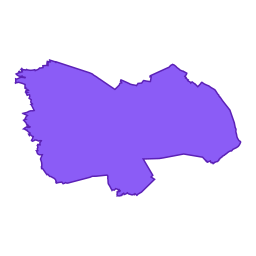 Meierijstad, Noord-Brabant, Netherlands
{"feature_id": "6326949B86116845039505", "entity_name": "Meierijstad", "entity_type": "district", "adm_level": 2, "iso_a3": "NLD", "parent_name": "Netherlands", "parent_adm1": "Noord-Brabant", "projection": "natural_earth1", "projection_center": [5.498, 51.588], "detail": "fine", "context": "isolated", "style": "filled", "palette": "violet", "viewbox_px": 256, "rotation_deg": 0, "n_neighbors": 0, "source": "geoboundaries", "source_scale": "gbopen_adm2", "svg_char_len": 5403}
<svg xmlns="http://www.w3.org/2000/svg" viewBox="0 0 256 256"><path d="M56.4,183.1L58.8,182.5L61.0,182.2L61.8,182.1L63.1,183.7L64.6,183.2L65.5,182.6L66.3,183.0L67.7,183.1L90.2,177.2L91.7,176.5L92.1,176.3L96.2,176.2L103.8,175.4L107.0,175.1L107.4,175.6L107.6,175.6L107.9,176.7L107.9,177.3L107.7,178.0L108.0,179.6L108.1,182.3L108.3,183.8L109.8,186.2L112.0,190.4L112.3,190.0L112.6,189.9L113.1,189.9L114.3,190.1L115.8,188.6L118.7,189.7L118.3,190.2L118.4,190.3L118.6,190.4L119.2,189.8L119.4,190.2L120.1,190.6L120.1,190.9L120.0,191.1L119.6,191.4L118.0,191.8L117.2,191.8L117.1,192.1L117.3,192.7L117.3,193.1L117.0,194.3L117.2,195.1L117.4,195.4L117.2,195.8L119.5,195.9L121.4,195.5L121.3,195.1L121.8,195.0L121.8,194.9L122.4,194.7L122.3,194.1L123.7,193.3L124.2,194.5L125.9,193.9L127.4,192.8L128.0,193.5L128.6,193.9L132.1,194.9L133.8,194.3L134.2,194.7L135.0,193.7L136.9,195.3L137.9,194.2L141.5,192.1L147.5,186.2L154.6,179.3L151.1,177.0L152.8,175.3L143.2,159.0L159.3,158.5L163.1,157.9L183.7,154.0L202.6,157.2L204.7,159.5L206.6,161.1L206.2,161.2L207.3,162.2L210.4,161.0L210.8,162.1L211.0,162.6L211.2,162.8L212.4,162.6L212.6,162.9L213.1,163.6L213.5,163.2L214.1,163.0L214.2,162.6L214.5,162.5L214.6,162.3L215.2,162.2L216.3,161.7L217.6,161.5L218.3,160.7L218.8,160.3L218.7,160.1L218.9,159.7L219.0,159.6L219.3,159.1L219.8,158.9L220.0,158.4L220.5,157.9L220.9,157.8L221.1,157.5L221.4,157.2L222.0,157.0L222.3,156.3L222.5,156.1L223.4,155.8L223.5,155.5L223.8,155.4L224.3,155.3L225.0,154.5L225.7,154.3L225.9,153.8L227.0,153.2L227.7,152.4L228.4,152.1L229.1,151.5L229.9,151.2L230.2,151.1L230.6,150.9L231.6,150.9L232.6,149.7L233.0,149.3L236.5,147.6L238.1,146.5L238.4,146.2L239.5,144.7L240.5,142.5L240.6,142.0L240.5,141.7L240.3,141.4L239.1,140.7L238.7,140.2L237.5,138.2L236.9,136.6L236.5,134.2L235.8,131.8L236.0,129.3L235.9,128.9L235.1,127.3L235.2,127.2L235.0,126.5L234.3,122.8L229.9,110.1L222.6,100.8L220.0,97.0L219.7,97.0L218.9,95.8L218.8,95.3L218.6,95.0L218.6,94.9L217.9,94.3L217.6,93.9L215.9,91.2L214.9,89.8L214.3,89.4L211.0,87.5L208.8,85.9L206.5,85.0L204.2,83.9L201.9,82.3L201.2,82.8L200.3,84.1L197.8,86.7L195.1,84.0L195.0,83.9L194.9,84.0L192.1,81.9L190.8,83.0L190.5,82.3L187.7,80.6L188.2,79.9L185.6,78.0L186.1,77.4L184.8,76.4L186.1,74.9L186.4,74.4L186.8,73.3L186.8,73.2L183.9,71.6L183.4,71.5L183.3,71.2L182.6,71.1L180.8,70.4L180.0,70.0L179.3,69.3L176.9,67.5L175.9,66.4L174.5,65.3L173.6,64.7L172.8,64.6L172.6,64.4L170.7,65.4L168.7,67.5L167.9,67.7L151.7,75.1L150.4,75.7L150.2,75.9L150.3,76.0L150.0,76.8L151.2,76.9L150.4,81.5L150.1,81.6L146.5,81.1L143.7,80.5L143.4,80.7L141.6,83.1L138.0,83.4L137.6,84.1L136.4,85.6L135.3,85.2L132.3,84.7L130.4,84.2L128.9,83.4L125.6,81.9L123.6,81.0L121.0,79.9L120.8,80.2L120.7,80.4L121.0,81.6L121.1,81.8L120.9,81.8L121.6,82.8L120.0,83.3L119.6,84.1L119.3,85.0L117.5,86.9L114.9,89.4L109.5,85.8L109.2,85.6L106.6,83.8L105.1,82.8L103.8,81.9L100.3,79.5L99.6,79.0L99.1,78.9L98.9,78.6L96.4,76.8L94.1,75.4L93.7,75.2L92.5,74.1L91.7,73.7L89.6,72.8L56.0,61.8L55.8,62.3L55.2,61.8L49.8,60.1L49.9,60.5L50.2,61.8L47.3,61.4L47.2,61.9L48.9,62.1L48.2,62.8L48.2,63.1L47.0,63.2L46.9,64.1L47.0,64.5L47.4,64.5L48.2,64.9L48.0,65.6L46.9,65.4L42.9,65.7L43.0,67.6L40.1,68.1L39.9,67.9L39.5,68.1L38.3,69.3L35.2,70.6L34.8,69.7L34.0,69.9L32.2,70.2L30.8,70.3L30.1,70.3L27.0,69.8L26.8,69.5L26.6,69.4L25.8,70.0L23.1,69.6L22.5,69.5L21.8,68.5L21.3,69.1L21.0,69.3L22.4,70.2L21.8,70.4L22.0,71.1L21.8,71.1L22.2,71.8L20.3,72.4L19.5,71.3L18.9,71.5L19.4,72.6L18.5,73.0L18.4,72.9L16.1,74.0L17.1,75.0L18.5,75.9L19.4,76.2L20.8,76.5L22.1,76.0L22.6,76.8L25.1,77.4L24.9,77.8L23.7,77.5L21.5,77.3L19.8,77.6L18.2,78.5L17.0,79.0L16.6,79.1L15.7,78.8L15.8,81.6L15.6,82.4L15.4,82.7L15.5,83.1L15.9,82.9L17.1,82.6L18.6,82.3L22.4,83.4L25.1,84.5L25.0,85.7L25.0,87.6L25.7,87.7L25.7,88.0L25.3,88.2L25.2,88.4L27.7,89.7L28.4,90.4L28.0,90.6L26.0,90.7L25.5,92.0L27.1,92.5L26.0,92.8L27.2,95.3L28.3,94.9L29.5,94.8L29.8,96.3L29.1,98.3L31.2,99.7L30.8,101.9L31.1,102.7L32.3,103.9L30.9,104.5L31.4,104.9L34.2,110.5L32.6,110.8L30.7,110.8L30.0,111.0L29.0,111.3L26.9,112.4L22.9,113.4L23.0,113.5L23.2,113.4L23.3,113.6L27.4,115.5L26.1,116.7L25.0,118.9L25.0,119.1L25.6,119.3L24.3,119.8L23.6,120.2L26.0,122.8L27.3,125.9L27.9,125.6L28.0,125.3L28.4,125.9L28.3,126.0L30.0,126.8L29.8,127.3L29.6,127.4L27.7,127.4L26.6,126.9L24.9,127.9L23.6,128.9L24.6,129.1L25.6,129.7L25.6,129.8L26.1,129.9L26.9,130.5L27.0,130.4L27.1,130.7L28.7,132.1L30.1,133.1L29.7,133.9L28.6,134.1L29.5,135.7L30.1,135.7L29.8,135.6L29.7,135.5L29.7,135.2L29.9,134.9L30.3,134.9L30.6,135.0L31.0,135.2L32.4,136.4L32.7,136.5L33.2,136.5L33.3,136.6L33.2,136.8L32.8,137.6L32.4,139.0L32.0,139.5L31.5,140.3L31.5,140.6L32.1,140.9L32.4,141.2L32.6,141.2L34.0,140.6L34.4,140.4L34.7,140.0L35.3,140.0L36.3,140.1L36.9,140.3L38.5,141.0L39.1,141.0L39.9,140.6L41.3,140.7L41.2,141.0L40.6,141.7L39.8,142.8L40.1,144.8L39.3,144.7L39.1,144.8L38.1,144.3L37.7,144.5L37.5,145.3L37.4,145.4L37.7,145.6L37.7,145.9L37.7,146.5L37.6,146.8L37.7,147.5L37.9,147.7L37.2,148.9L37.8,150.6L37.4,150.7L37.0,150.7L36.5,150.8L36.7,151.0L37.2,152.8L37.5,153.5L38.3,154.3L39.5,154.8L42.3,154.7L40.5,159.0L41.6,162.4L41.8,164.4L41.8,165.3L41.7,166.7L41.4,166.8L41.6,168.6L42.5,168.5L46.9,174.7L47.7,174.3L48.9,175.5L49.3,176.0L49.8,176.4L50.0,176.5L50.8,176.5L51.2,176.6L52.3,177.4L53.8,178.1L54.2,178.4L55.2,179.3L55.7,180.1L55.9,181.1L55.9,181.3L56.1,181.4L56.0,181.5L56.5,182.6L56.1,182.8L56.4,183.1Z" fill="#8b5cf6" stroke="#5b21b6" stroke-width="1.5"/></svg>